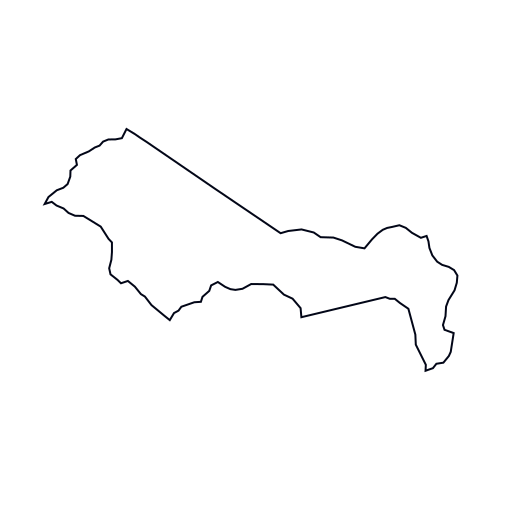 the district of Tuparetama, Pernambuco, Brazil, rotated 343°
{"feature_id": "56859067B75431744769598", "entity_name": "Tuparetama", "entity_type": "district", "adm_level": 2, "iso_a3": "BRA", "parent_name": "Brazil", "parent_adm1": "Pernambuco", "projection": "mercator", "projection_center": [-37.256, -7.697], "detail": "fine", "context": "isolated", "style": "outline", "palette": "ink", "viewbox_px": 512, "rotation_deg": 343, "n_neighbors": 0, "source": "geoboundaries", "source_scale": "gbopen_adm2", "svg_char_len": 1523}
<svg xmlns="http://www.w3.org/2000/svg" viewBox="0 0 512 512"><g transform="rotate(343 256 256)"><path d="M422.5,387.5L414.7,381.7L414.6,376.7L419.6,369.0L423.0,359.9L427.2,354.4L435.8,346.9L440.2,340.3L442.9,333.6L441.3,327.4L437.2,322.8L431.4,318.9L427.6,314.4L424.8,307.0L424.2,299.0L425.2,292.4L425.0,286.7L419.0,286.8L411.9,279.4L407.5,272.9L402.1,268.5L394.7,268.0L389.6,267.5L384.9,268.0L378.7,270.2L371.8,274.0L362.0,280.4L353.6,276.2L342.8,266.2L335.4,261.0L323.3,256.9L318.1,250.4L307.3,243.9L294.1,241.5L286.2,241.4L236.2,179.4L184.8,115.0L179.6,108.8L175.9,104.1L169.3,96.7L162.2,104.1L155.8,103.4L148.9,101.4L143.2,101.9L138.7,104.7L133.6,105.1L126.7,107.1L117.2,108.1L112.0,110.6L111.4,116.5L103.6,120.0L101.6,125.8L96.9,132.1L91.7,134.4L84.7,134.9L74.8,138.9L69.1,144.5L76.5,144.5L80.0,149.4L85.9,154.3L89.3,160.0L94.7,164.6L102.6,167.2L116.1,182.5L120.0,196.5L122.2,200.9L119.4,210.1L116.6,217.3L112.0,224.8L111.5,231.0L116.6,238.4L118.9,242.6L126.2,242.4L131.2,249.9L134.8,258.8L137.9,262.3L141.7,272.4L150.8,286.2L154.8,292.1L160.9,286.6L165.9,285.6L169.8,282.7L183.5,282.2L189.9,283.7L192.9,279.4L201.1,275.7L204.5,271.0L211.9,269.7L217.5,276.5L221.8,280.2L226.4,282.4L233.5,283.4L243.2,281.4L254.9,285.1L264.1,288.4L271.4,301.1L278.5,307.5L283.4,318.9L281.5,327.8L367.7,333.1L371.4,336.0L376.2,337.5L379.9,343.0L386.3,351.0L385.4,377.8L382.9,387.5L386.6,409.7L384.6,415.3L392.4,415.0L397.0,411.8L404.0,412.8L411.2,408.0L414.2,404.6L422.5,387.5Z" fill="none" stroke="#020617" stroke-width="2"/></g></svg>